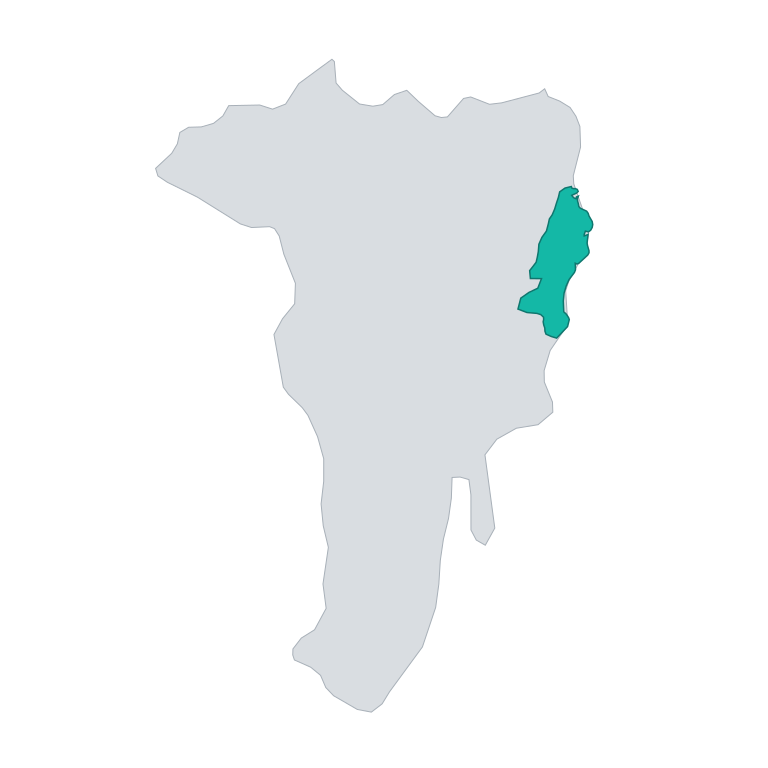 Dominican Republic, with Puerto Plata highlighted, rotated 87°
{"feature_id": "DOM-1965", "entity_name": "Puerto Plata", "entity_type": "Province", "adm_level": 1, "iso_a3": "DOM", "parent_name": "Dominican Republic", "parent_adm1": "", "projection": "albers", "projection_center": [-70.865, 19.728], "detail": "fine", "context": "in_parent", "style": "filled", "palette": "teal", "viewbox_px": 768, "rotation_deg": 87, "n_neighbors": 0, "source": "natural_earth", "source_scale": "10m", "svg_char_len": 2643}
<svg xmlns="http://www.w3.org/2000/svg" viewBox="0 0 768 768"><g transform="rotate(87 384 384)"><path d="M97.9,524.5L98.9,493.5L103.7,480.9L99.3,467.6L79.6,453.4L67.6,435.2L57.0,419.0L59.4,416.7L80.9,416.1L88.5,410.2L103.1,393.8L106.0,380.6L104.9,370.6L95.5,358.5L91.9,345.9L103.6,334.9L118.8,319.0L120.9,312.8L120.6,306.7L103.0,289.6L101.9,282.4L110.2,264.0L109.4,251.8L101.5,213.8L97.6,208.1L105.5,205.0L110.7,193.7L117.6,183.7L126.7,178.3L137.1,174.9L157.6,175.3L186.0,184.1L194.1,184.0L221.4,176.1L244.0,171.7L265.3,176.7L274.0,183.6L291.6,194.4L300.4,197.7L328.2,197.4L335.8,198.5L359.2,216.3L379.0,223.4L390.4,223.8L410.8,216.7L421.0,216.9L432.7,232.3L435.1,254.2L445.0,274.2L460.0,286.9L533.7,280.9L550.3,291.3L544.7,300.0L534.3,304.8L499.2,303.0L483.9,304.2L480.9,312.9L480.9,320.9L501.4,322.7L521.6,326.6L542.1,332.8L563.1,337.0L586.6,339.7L609.8,344.1L648.6,359.4L691.8,394.7L703.3,402.6L711.0,413.8L707.6,427.7L692.7,450.6L684.1,458.0L671.6,462.6L663.0,472.0L654.9,487.9L649.8,489.3L643.8,488.8L633.4,479.9L625.8,466.2L605.0,453.5L580.5,455.4L544.2,448.1L522.4,452.1L500.5,453.1L478.0,449.3L455.5,448.1L433.1,453.1L411.3,461.6L403.3,466.9L389.3,479.9L381.9,484.7L328.8,491.3L313.5,481.9L299.2,469.0L278.8,467.2L249.2,477.2L230.7,480.9L223.1,485.2L220.9,490.0L220.8,508.1L216.6,519.1L187.6,560.6L171.2,589.8L164.4,598.9L156.7,600.8L142.5,583.9L133.4,577.8L122.1,574.7L117.4,565.7L117.7,553.0L114.8,540.6L107.9,530.9L97.9,524.5Z" fill="#d9dde1" stroke="#a8b0b8" stroke-width="1"/><path d="M196.6,186.6L198.3,186.1L198.8,184.7L198.9,182.7L199.8,180.8L201.9,180.0L203.4,181.7L205.4,186.7L206.7,185.8L207.8,184.9L208.5,183.9L209.0,182.6L207.5,182.1L207.2,181.9L207.1,181.4L206.6,180.1L209.4,181.2L211.7,181.1L214.1,180.5L216.9,180.2L218.7,178.8L222.0,172.6L224.2,171.2L226.9,170.5L232.6,167.6L235.7,167.2L238.6,167.9L241.3,169.6L242.8,171.9L241.9,174.9L245.3,176.3L246.6,176.3L245.7,173.4L245.3,172.4L253.9,173.8L256.4,173.5L261.6,172.3L263.7,172.4L265.9,173.8L273.7,183.2L274.3,185.0L273.4,186.7L280.0,186.8L282.6,188.0L289.3,193.7L295.8,197.0L302.6,199.4L310.5,200.6L321.2,200.7L322.1,200.1L323.0,198.9L325.2,197.4L327.6,196.1L329.4,195.6L336.3,197.7L347.2,209.2L345.3,214.5L342.7,219.6L339.7,220.5L336.5,220.5L333.4,221.4L330.2,221.8L328.0,221.2L325.6,221.2L322.9,223.8L321.5,227.5L320.1,237.5L316.2,246.3L305.4,242.9L300.1,234.4L296.4,225.4L287.0,221.2L286.3,232.3L278.4,232.6L274.4,229.1L270.4,225.7L265.5,224.3L260.0,223.0L252.5,222.0L245.8,218.6L239.8,213.8L232.6,211.5L227.8,210.2L223.9,207.2L218.2,204.4L212.1,202.2L206.8,200.1L201.3,198.5L197.8,193.0L196.6,186.6Z" fill="#14b8a6" stroke="#0f766e" stroke-width="1.5"/></g></svg>